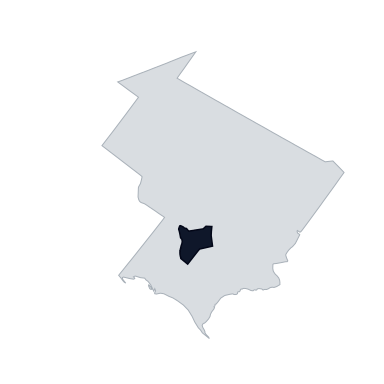 Aoujeft, Adrar, Mauritania shown in context, rotated 308°
{"feature_id": "47542326B38912627875653", "entity_name": "Aoujeft", "entity_type": "district", "adm_level": 2, "iso_a3": "MRT", "parent_name": "Mauritania", "parent_adm1": "Adrar", "projection": "albers", "projection_center": [-13.419, 19.526], "detail": "fine", "context": "in_parent", "style": "filled", "palette": "ink", "viewbox_px": 384, "rotation_deg": 308, "n_neighbors": 0, "source": "geoboundaries", "source_scale": "gbopen_adm2", "svg_char_len": 4193}
<svg xmlns="http://www.w3.org/2000/svg" viewBox="0 0 384 384"><g transform="rotate(308 192 192)"><path d="M169.8,317.0L169.4,316.8L167.3,315.4L166.3,313.7L164.6,312.4L162.4,311.6L160.9,310.6L160.2,309.5L159.4,308.8L158.5,308.4L158.4,308.0L158.6,307.4L158.4,306.4L157.1,304.2L155.8,303.1L154.8,303.3L154.2,303.0L153.8,302.5L153.7,301.8L153.0,301.2L151.7,300.9L150.7,299.2L150.0,296.1L149.0,293.7L147.8,292.0L146.9,291.4L146.3,291.3L146.1,291.0L145.9,290.5L145.0,290.3L143.6,290.8L142.5,290.7L141.9,289.8L141.1,289.7L140.0,290.4L138.9,290.2L137.7,289.1L137.0,288.0L136.9,286.9L134.7,284.8L130.6,281.5L126.1,280.0L121.2,280.1L118.5,280.0L117.9,279.4L117.3,279.5L116.7,280.1L116.1,280.2L115.4,279.9L115.0,280.1L114.8,280.9L113.1,281.3L109.8,281.3L107.1,281.8L105.1,282.8L102.3,283.2L98.6,283.0L96.4,282.6L95.6,282.0L94.6,281.8L93.2,282.1L92.0,283.7L90.8,286.6L89.9,288.2L89.2,288.6L88.4,290.7L87.9,294.3L87.2,295.9L87.4,286.9L88.5,283.6L88.9,280.6L91.3,274.1L94.0,268.8L96.6,261.8L97.6,254.9L97.4,248.2L96.8,242.2L95.6,238.2L94.5,232.5L92.8,229.4L89.6,226.7L88.9,225.2L89.7,224.6L91.7,224.2L92.9,222.2L90.3,222.9L93.4,216.7L94.5,212.4L94.4,209.6L95.0,207.8L92.7,204.0L91.0,199.3L90.1,198.5L89.1,198.1L89.0,199.2L88.5,200.2L87.3,199.6L85.4,196.1L82.8,190.4L81.8,189.8L81.0,190.5L80.5,191.3L79.4,195.9L79.2,194.1L79.6,191.9L80.4,189.2L81.2,185.5L83.6,185.5L87.9,185.6L96.5,185.7L100.8,185.8L109.4,185.9L113.7,185.9L122.3,186.0L126.5,186.0L135.1,186.1L139.4,186.1L148.0,186.1L152.3,186.1L155.1,186.0L155.0,183.4L154.8,181.3L154.6,178.4L154.5,175.6L154.3,172.8L154.1,170.1L153.9,167.4L153.8,165.0L153.6,162.7L153.4,161.4L152.5,158.8L152.3,157.6L152.5,156.2L153.1,154.9L154.8,152.6L157.3,150.8L160.2,148.7L162.4,147.1L163.5,146.7L166.9,146.2L169.7,145.0L172.3,143.8L173.4,143.1L173.5,140.9L173.1,92.5L186.0,92.4L189.4,92.4L213.1,92.0L216.5,91.9L233.7,91.5L233.7,89.2L233.6,85.9L233.4,81.4L233.3,77.0L233.1,69.1L233.0,65.7L236.4,67.9L243.4,72.1L246.8,74.1L253.8,78.3L260.7,82.5L267.7,86.6L271.2,88.7L274.7,90.8L278.2,92.9L281.8,94.9L288.8,99.0L291.8,100.7L296.3,103.5L300.6,106.1L304.8,108.7L298.4,109.0L289.9,109.4L284.1,109.7L278.1,109.9L272.5,110.2L273.1,114.7L273.8,119.7L274.6,124.6L275.3,129.6L276.0,134.5L278.2,149.4L278.9,154.4L279.7,159.3L280.4,164.3L281.2,169.3L282.6,179.2L283.4,184.2L284.1,189.1L284.9,194.1L285.6,199.1L286.4,204.0L287.9,214.0L288.6,218.9L289.4,223.9L290.1,228.9L290.9,233.8L291.7,238.8L292.4,243.8L293.2,248.7L294.7,258.7L295.5,263.6L296.3,268.6L297.0,273.6L297.8,278.4L300.2,280.8L303.2,283.9L302.6,288.4L301.9,293.8L301.0,299.8L293.0,300.1L285.1,300.5L265.3,301.2L261.3,301.4L241.5,302.0L237.6,302.1L229.9,302.3L227.7,302.2L226.8,301.8L226.5,298.7L225.8,298.9L225.0,299.9L224.6,300.8L224.8,302.1L224.7,303.2L222.2,303.7L218.8,304.4L215.1,305.1L211.5,304.9L210.2,304.7L208.9,304.3L206.0,304.0L204.4,304.0L202.6,304.1L200.5,304.4L199.8,304.9L198.2,307.2L196.7,309.9L195.7,309.9L194.5,308.5L191.3,305.8L187.4,302.3L185.7,300.5L184.8,300.3L183.0,301.6L181.4,302.8L179.8,304.6L179.1,306.2L178.5,308.2L178.3,310.5L177.7,313.2L176.4,315.4L174.8,317.0L173.7,317.8L173.2,318.3L169.8,317.0ZM91.7,218.3L90.5,220.2L89.9,219.5L89.8,218.2L90.9,216.3L91.4,215.4L92.3,215.1L91.7,218.3Z" fill="#d9dde1" stroke="#a8b0b8" stroke-width="1"/><path d="M132.5,233.0L145.1,233.0L149.3,233.0L151.7,233.1L162.0,241.5L168.1,235.3L168.5,234.9L169.4,234.0L169.9,233.6L172.9,231.5L177.0,228.9L173.6,224.1L169.8,223.5L163.3,217.4L163.0,217.2L159.6,213.9L159.2,213.4L159.3,212.6L159.5,211.6L159.8,210.4L159.7,209.6L158.9,208.5L159.1,206.9L158.8,205.3L158.6,204.5L158.4,203.7L157.7,203.2L155.0,204.1L154.3,204.6L153.6,205.7L152.8,206.7L151.9,207.8L149.9,210.1L149.7,210.3L148.9,211.2L148.4,213.4L147.7,214.0L147.0,214.8L145.2,215.8L143.2,216.5L142.9,216.6L141.2,217.4L140.9,217.6L140.8,217.8L140.6,217.7L140.0,217.9L138.9,218.5L138.7,218.5L138.4,218.9L138.3,219.0L138.2,218.9L138.1,219.0L138.0,218.9L137.9,219.0L137.7,219.2L137.6,219.3L137.1,219.5L136.9,219.9L136.6,220.1L136.3,220.3L136.2,220.3L136.0,220.5L135.9,220.7L135.4,221.0L134.9,221.6L134.2,222.4L134.0,222.6L133.7,223.2L133.5,223.5L133.4,223.4L133.2,223.6L132.7,224.2L132.5,233.0Z" fill="#0f172a" stroke="#020617" stroke-width="1.5"/></g></svg>